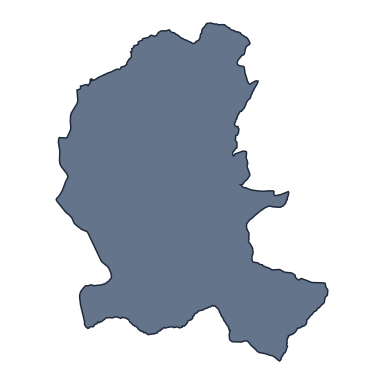 outline of Bumula, Western, Kenya
{"feature_id": "3690345B11418167735466", "entity_name": "Bumula", "entity_type": "district", "adm_level": 2, "iso_a3": "KEN", "parent_name": "Kenya", "parent_adm1": "Western", "projection": "albers", "projection_center": [34.469, 0.568], "detail": "fine", "context": "isolated", "style": "filled", "palette": "slate", "viewbox_px": 384, "rotation_deg": 0, "n_neighbors": 0, "source": "geoboundaries", "source_scale": "gbopen_adm2", "svg_char_len": 5910}
<svg xmlns="http://www.w3.org/2000/svg" viewBox="0 0 384 384"><path d="M240.3,32.8L237.9,31.9L235.5,31.6L234.2,30.6L231.5,29.9L230.4,29.3L229.5,28.0L228.0,27.5L224.6,24.8L221.8,24.6L218.9,24.8L216.7,24.0L215.4,24.1L212.6,23.6L211.3,23.0L206.9,23.4L205.9,24.5L205.2,25.9L202.4,28.9L201.7,31.3L201.9,32.7L200.7,33.8L200.2,35.8L200.1,37.7L198.7,40.2L196.0,41.5L195.3,43.0L192.8,43.6L190.4,42.0L188.6,41.4L187.3,40.5L184.4,39.6L183.3,38.8L180.6,37.6L178.4,35.5L175.9,34.1L174.0,32.7L172.7,32.6L171.1,32.0L169.2,29.8L166.3,30.8L161.6,30.9L160.4,31.3L159.5,32.0L158.5,32.3L157.1,34.7L156.0,35.7L154.6,36.3L151.7,35.3L150.4,35.5L148.2,37.6L143.6,38.4L142.5,39.0L142.4,40.1L138.5,41.7L138.1,42.8L138.5,44.1L135.7,45.5L134.2,45.5L133.7,46.9L133.1,48.0L131.7,48.8L132.1,50.3L131.8,51.5L130.6,51.8L131.4,54.2L131.3,57.4L129.2,59.0L126.9,62.7L126.8,64.2L124.9,66.1L122.5,66.6L121.1,67.2L119.9,69.3L118.6,69.5L117.4,69.0L114.6,70.1L111.5,71.8L108.1,72.9L99.0,77.1L94.0,80.3L91.4,78.9L90.3,79.4L90.1,80.5L91.7,80.7L90.5,81.7L89.9,82.6L89.5,83.6L88.0,85.7L86.8,84.5L84.3,85.0L81.9,85.9L80.5,86.0L80.6,88.2L79.6,89.3L77.0,90.0L77.8,100.2L77.6,102.0L77.1,103.4L71.4,112.9L70.6,115.5L70.3,121.2L70.8,127.4L70.7,128.9L70.3,130.4L67.1,137.5L65.8,138.0L59.3,137.6L58.7,139.0L58.4,142.2L59.8,151.1L59.5,160.5L59.8,163.3L60.2,164.5L61.4,166.8L66.3,173.1L67.6,175.4L68.0,177.0L65.6,181.7L62.9,189.2L60.9,193.2L58.6,196.5L56.6,198.5L56.2,199.8L57.0,201.3L65.4,211.8L66.6,213.0L69.1,214.9L71.5,217.4L72.4,219.0L73.9,222.7L75.3,224.5L81.3,229.2L84.9,230.8L86.0,231.1L87.1,231.7L87.9,232.9L101.3,261.1L102.4,262.3L107.3,266.3L109.0,268.4L110.9,273.2L111.5,276.5L111.1,278.4L109.5,279.9L108.8,281.1L106.9,282.3L105.8,283.4L101.4,284.8L99.0,285.3L97.7,285.2L95.0,285.7L93.7,285.7L92.3,285.0L90.9,284.9L87.8,285.8L86.1,285.7L84.9,286.2L81.5,290.4L80.6,291.9L79.7,294.8L79.6,297.1L80.6,305.3L84.4,320.9L84.5,323.8L84.9,325.2L85.7,326.6L87.8,328.4L89.1,328.0L89.7,327.1L91.2,326.6L92.8,326.8L93.8,326.3L94.1,325.0L97.2,323.4L97.8,322.0L99.4,322.6L100.3,321.9L101.6,321.5L106.7,317.6L108.3,317.8L110.2,317.6L112.0,318.0L116.0,316.8L118.4,317.4L120.9,318.4L121.8,317.5L123.5,317.5L126.4,318.4L128.9,320.0L129.4,321.2L130.3,322.5L131.7,323.5L132.9,325.0L134.2,325.4L134.9,326.2L136.9,326.9L138.4,329.4L139.7,330.0L140.4,331.0L142.9,331.5L143.4,332.5L144.5,332.9L145.5,332.4L147.4,334.4L148.7,334.6L152.7,333.9L154.0,334.0L155.6,333.2L157.2,333.0L158.2,331.4L160.6,330.5L161.1,329.4L162.4,329.0L163.6,327.6L165.2,328.0L169.7,327.0L172.4,326.8L173.5,327.5L175.1,327.4L176.9,326.8L179.6,327.9L182.3,327.1L182.6,325.9L184.1,326.2L185.2,325.3L187.3,322.9L187.6,321.8L188.3,320.9L189.3,320.3L190.7,320.0L191.7,319.2L192.6,318.3L192.8,316.6L194.1,315.6L194.4,313.9L197.1,312.7L198.1,311.2L201.6,310.2L202.8,310.1L205.4,308.5L207.1,308.2L209.1,307.0L210.3,306.9L212.5,305.4L213.6,306.2L214.9,305.8L218.9,309.8L219.5,312.0L220.8,314.3L221.2,315.7L222.9,317.9L224.1,320.9L225.2,322.1L226.9,325.0L228.2,326.5L229.2,330.0L230.2,330.4L229.7,331.7L229.2,334.8L229.5,338.8L230.1,340.1L230.9,340.9L232.4,341.7L234.5,341.9L236.0,341.8L241.1,342.1L244.6,341.0L246.7,340.8L248.3,341.9L250.9,345.2L256.2,350.1L257.1,351.2L258.7,352.4L265.4,353.7L270.0,355.3L272.3,355.7L274.7,357.1L278.3,360.3L279.7,361.0L280.9,359.6L281.4,357.7L282.3,356.0L283.1,354.9L283.7,353.4L285.2,352.5L286.2,350.2L286.7,348.1L287.5,346.4L286.5,344.3L287.2,343.1L286.9,342.0L287.1,340.1L287.5,338.3L288.4,337.1L288.4,335.7L289.7,335.5L290.8,334.4L291.9,334.6L294.6,332.7L296.2,330.8L297.6,328.2L299.1,328.1L301.1,327.4L302.0,326.4L303.7,326.2L305.9,324.5L306.6,323.0L306.7,320.3L309.9,316.7L310.3,315.7L311.5,315.0L314.3,311.6L315.7,311.0L316.6,310.3L317.8,308.2L319.3,307.7L321.0,305.5L322.2,304.3L323.3,303.7L324.1,302.7L325.3,297.1L327.1,295.6L327.6,294.5L327.4,293.2L327.8,291.9L327.6,289.4L326.7,288.5L326.0,287.2L325.3,285.3L325.5,284.2L324.9,283.1L322.0,282.8L311.9,282.5L301.8,278.6L300.4,278.8L299.7,279.6L298.0,279.8L295.3,277.2L295.2,275.3L293.1,273.7L291.3,272.9L285.5,272.3L284.1,272.0L279.7,269.5L272.3,269.9L271.2,269.6L270.2,268.7L267.6,267.5L265.9,267.1L263.0,265.7L262.4,264.8L259.5,264.3L258.5,263.2L257.0,262.7L253.5,262.2L252.4,261.2L252.0,259.5L251.9,257.3L252.1,255.5L252.9,254.2L253.0,251.1L252.6,249.7L252.7,248.5L250.4,244.1L248.7,242.0L248.5,240.9L249.0,239.6L248.7,237.0L249.0,235.8L248.9,233.1L247.0,229.2L246.5,227.2L246.6,224.0L249.6,219.9L252.2,218.1L255.2,215.2L257.9,213.1L258.8,212.1L264.8,207.9L268.7,206.2L269.9,206.1L273.4,206.9L280.2,207.3L283.2,205.9L285.6,203.2L286.5,200.7L287.3,199.6L287.3,198.0L288.4,195.0L288.4,193.8L288.8,192.8L288.3,191.6L280.8,194.6L276.1,195.6L274.5,195.4L273.7,194.0L274.0,191.7L273.2,190.9L267.2,190.9L263.8,191.3L258.5,191.0L252.8,190.2L250.2,189.6L245.4,187.6L244.1,187.6L242.6,187.0L241.7,185.6L240.5,184.7L242.0,184.5L243.4,183.7L244.0,182.1L247.3,179.3L249.7,175.6L249.8,174.1L247.1,166.8L247.1,165.4L247.7,164.0L247.5,161.8L246.1,157.6L246.6,153.0L246.3,151.6L244.6,151.2L243.0,151.1L235.0,153.9L234.6,155.0L233.7,155.9L232.8,155.0L232.5,153.3L232.9,152.0L234.7,150.2L235.5,148.5L236.9,147.9L237.0,142.7L235.2,139.9L235.8,137.4L235.4,136.4L236.0,135.3L237.3,135.1L238.4,133.0L238.9,129.0L238.2,127.9L237.9,126.5L236.6,126.7L235.3,126.1L234.6,124.6L234.5,123.3L235.4,122.2L235.9,119.7L236.9,118.8L237.0,117.5L237.9,115.2L239.5,112.5L240.3,111.2L241.5,111.3L244.4,107.8L245.0,106.2L245.7,105.0L246.0,103.6L247.4,100.8L250.4,97.9L251.0,95.5L252.1,93.4L252.4,92.0L253.3,91.0L254.2,88.8L256.2,85.6L257.7,82.6L258.2,81.2L256.3,80.8L254.6,81.4L249.9,84.1L248.7,83.5L247.3,80.7L246.4,77.2L245.1,73.4L244.2,67.1L243.1,66.3L240.0,65.9L238.6,65.3L237.7,64.5L237.2,63.2L237.4,61.6L238.1,60.1L242.0,55.3L243.7,54.8L244.4,53.7L245.3,49.3L246.2,47.1L247.2,45.7L249.0,44.8L250.0,43.6L249.2,41.1L247.3,38.1L246.2,37.2L244.8,36.8L243.7,35.7L242.2,35.0L241.1,34.1L240.3,32.8Z" fill="#64748b" stroke="#1e293b" stroke-width="1.5"/></svg>